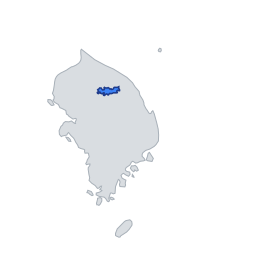 Yeongwol-gun, Gangwon, South Korea shown in context, rotated 331°
{"feature_id": "91817680B79863718076959", "entity_name": "Yeongwol-gun", "entity_type": "district", "adm_level": 2, "iso_a3": "KOR", "parent_name": "South Korea", "parent_adm1": "Gangwon", "projection": "mercator", "projection_center": [128.504, 37.208], "detail": "fine", "context": "in_parent", "style": "filled", "palette": "blue", "viewbox_px": 256, "rotation_deg": 331, "n_neighbors": 0, "source": "geoboundaries", "source_scale": "gbopen_adm2", "svg_char_len": 4863}
<svg xmlns="http://www.w3.org/2000/svg" viewBox="0 0 256 256"><g transform="rotate(331 128 128)"><path d="M77.8,65.8L78.7,65.1L78.7,64.2L78.7,61.1L81.1,58.9L84.5,54.5L86.2,52.1L88.1,49.9L90.3,48.4L92.5,47.6L95.9,47.3L102.4,47.6L103.7,47.4L108.2,47.1L109.3,47.5L112.6,47.8L116.2,47.5L118.0,46.8L119.7,45.7L121.2,43.7L122.8,40.0L124.4,37.1L125.4,36.5L132.0,52.1L138.4,62.1L143.9,69.4L151.6,83.2L153.9,90.6L154.1,95.2L155.4,101.4L154.3,105.0L154.6,110.7L154.1,113.6L153.2,115.7L153.1,119.8L153.4,122.0L153.5,124.9L154.1,126.0L155.0,126.4L156.4,125.3L158.1,124.9L157.8,128.4L155.7,137.1L153.9,143.5L151.4,149.0L148.3,154.1L144.5,156.1L141.9,156.8L136.9,157.0L132.7,156.2L129.1,156.8L127.7,157.8L126.6,159.6L127.4,162.4L127.3,164.5L125.7,164.3L122.7,163.1L119.3,163.0L117.7,162.4L116.1,159.4L114.5,159.5L111.7,161.3L107.3,161.7L105.8,162.6L105.3,163.8L105.9,165.4L108.1,167.4L107.4,169.5L105.1,170.5L103.3,168.0L102.1,165.5L100.9,165.4L98.9,166.1L98.5,168.7L99.4,170.5L100.9,172.6L98.8,175.0L98.2,176.8L96.7,178.0L92.6,175.3L93.1,173.3L94.9,171.4L95.2,169.5L94.6,168.3L88.7,173.2L85.0,178.8L83.1,178.4L82.3,177.0L81.1,176.4L77.2,180.0L76.5,182.8L75.0,182.9L74.4,181.7L74.3,179.2L73.7,177.0L69.6,173.8L67.7,171.0L68.7,169.5L72.1,170.3L74.8,170.2L74.3,168.9L73.4,168.3L75.2,167.5L76.7,166.0L75.5,165.6L73.6,166.5L72.0,166.0L71.4,162.4L69.5,158.7L68.5,155.0L70.4,152.9L71.3,149.7L73.1,144.9L74.0,143.4L76.4,142.3L77.3,141.1L75.9,140.4L73.8,139.9L73.9,138.5L75.3,137.8L76.9,136.2L80.1,134.4L81.1,130.9L80.2,130.1L78.2,129.2L78.6,127.5L79.5,126.1L79.1,125.3L76.8,123.1L75.3,121.0L75.7,118.6L75.4,115.1L75.6,112.1L75.5,110.4L74.4,106.8L73.8,103.1L72.3,103.6L71.1,104.5L66.8,103.2L65.5,103.2L64.9,100.4L66.4,97.0L70.1,94.1L72.2,93.7L73.8,92.4L76.3,92.0L79.3,94.0L81.9,94.4L83.4,97.9L84.3,98.6L84.5,97.4L86.7,95.8L87.2,94.7L86.7,94.1L84.2,93.5L82.0,89.1L81.7,87.2L80.9,86.0L82.1,82.5L79.5,78.6L78.3,77.3L78.5,73.7L77.1,71.4L76.4,70.2L75.9,68.0L76.3,67.0L77.5,66.7L77.8,65.8ZM69.4,218.8L68.2,219.5L67.1,219.1L66.8,218.7L65.4,216.8L65.0,215.9L66.0,214.1L69.7,211.0L79.5,208.1L81.3,208.0L85.1,209.2L85.9,211.6L85.2,213.6L84.4,214.9L79.9,217.2L76.4,218.3L69.4,218.8ZM135.4,166.9L132.8,168.9L129.3,166.2L128.5,164.7L131.1,162.4L133.4,159.9L134.9,159.7L135.4,166.9ZM116.9,166.6L116.6,169.9L114.7,170.0L113.5,167.9L112.3,169.0L111.7,169.0L110.7,166.4L110.6,164.3L112.8,162.8L114.2,163.7L116.2,164.2L116.9,166.6ZM66.9,181.1L65.1,181.6L64.2,180.4L63.5,180.1L63.9,178.6L66.7,175.7L67.3,174.7L69.9,175.3L70.9,176.9L69.7,179.2L66.9,181.1ZM74.7,67.3L74.6,71.9L73.1,71.7L72.1,71.2L71.6,70.3L70.6,66.1L71.8,64.3L74.0,65.7L74.7,67.3ZM65.2,169.1L64.8,169.9L63.7,169.7L62.4,167.4L61.9,165.6L60.7,164.6L62.7,163.0L65.1,165.8L65.2,169.1ZM71.9,109.9L71.5,112.1L69.7,110.7L69.2,105.9L71.1,107.3L71.9,109.9ZM194.8,76.2L193.5,77.2L192.1,76.2L191.9,75.1L192.7,74.2L194.4,73.6L195.3,74.5L194.8,76.2ZM81.1,182.0L81.5,183.5L79.3,183.2L78.2,181.7L78.3,180.4L79.6,180.2L81.1,182.0ZM109.6,173.0L109.3,174.0L108.0,172.4L109.3,170.7L109.6,173.0Z" fill="#d9dde1" stroke="#a8b0b8" stroke-width="1"/><path d="M140.0,87.4L138.2,87.3L137.7,86.9L137.3,86.7L136.9,86.4L136.2,86.1L135.8,85.8L135.5,85.8L135.2,85.9L134.8,86.2L134.4,86.5L133.9,86.7L133.2,86.7L132.4,86.4L132.3,85.6L132.2,85.5L132.0,85.4L131.2,85.4L131.0,85.2L131.0,84.6L130.8,84.3L130.6,83.7L130.2,83.0L129.6,83.0L129.1,82.9L128.7,82.6L128.1,82.3L127.6,81.9L127.1,81.0L126.5,81.2L126.4,81.5L126.3,82.1L126.2,82.5L125.8,82.9L125.3,82.9L124.9,82.6L124.6,82.5L124.1,82.3L123.9,80.5L123.9,80.0L123.4,79.7L122.9,79.4L122.6,79.2L122.0,79.5L121.8,79.6L121.5,79.7L121.1,79.7L120.4,79.7L120.0,79.8L120.0,80.2L120.1,80.6L120.1,81.2L120.0,81.5L119.8,81.7L119.8,81.9L119.0,81.9L118.6,81.9L118.3,82.1L118.2,82.6L118.3,83.1L118.8,83.6L119.5,83.5L120.0,83.2L120.1,82.9L120.3,82.7L120.6,82.8L120.9,83.1L121.1,83.4L121.0,83.6L120.9,84.0L120.8,84.3L121.3,84.8L121.4,85.1L121.9,85.2L122.1,85.3L122.2,85.6L122.6,85.8L122.9,85.7L123.2,85.4L123.7,85.4L124.1,85.5L124.2,85.8L124.1,86.1L123.8,86.2L123.6,86.5L123.5,86.8L123.4,86.9L123.0,87.0L122.6,87.1L122.5,87.6L122.8,87.9L123.0,88.1L123.5,88.2L124.0,87.8L124.6,87.8L125.3,87.7L125.7,87.7L126.1,88.1L126.1,88.4L126.5,88.8L126.6,89.1L126.6,89.5L127.0,89.5L127.1,89.2L127.6,89.2L128.4,89.1L128.5,88.9L129.0,88.9L129.2,89.4L129.9,89.7L130.1,89.9L130.5,89.9L131.0,90.1L131.3,90.2L131.7,90.1L132.0,90.1L132.3,90.1L132.6,90.3L132.9,90.6L133.9,90.9L134.2,91.2L134.3,91.4L134.4,91.5L134.9,91.5L135.1,91.6L135.3,91.8L135.5,91.9L135.8,91.9L135.9,91.7L135.8,91.4L135.7,91.1L136.0,90.8L136.0,90.5L136.1,90.2L136.4,90.0L136.6,90.0L137.2,90.0L137.3,90.2L137.5,90.4L137.8,90.5L138.0,90.9L138.2,91.1L138.5,91.3L139.3,91.3L139.1,91.2L139.1,90.9L139.1,90.4L139.2,90.1L139.2,89.6L139.2,89.4L139.0,89.0L139.1,88.8L139.3,88.6L139.4,88.2L139.5,88.0L139.6,87.8L139.9,87.6L140.0,87.4Z" fill="#3b82f6" stroke="#1e3a8a" stroke-width="1.5"/></g></svg>